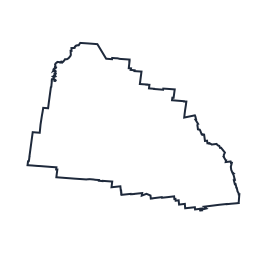 Río Primero, Córdoba, Argentina, rotated 264°
{"feature_id": "61730980B52469297457294", "entity_name": "Río Primero", "entity_type": "district", "adm_level": 2, "iso_a3": "ARG", "parent_name": "Argentina", "parent_adm1": "Córdoba", "projection": "equal_earth", "projection_center": [-63.224, -31.038], "detail": "fine", "context": "isolated", "style": "outline", "palette": "slate", "viewbox_px": 256, "rotation_deg": 264, "n_neighbors": 0, "source": "geoboundaries", "source_scale": "gbopen_adm2", "svg_char_len": 4984}
<svg xmlns="http://www.w3.org/2000/svg" viewBox="0 0 256 256"><g transform="rotate(264 128 128)"><path d="M42.1,210.6L42.1,212.1L42.1,218.2L41.9,218.2L41.9,222.5L41.8,227.8L41.8,230.3L42.3,230.3L49.4,231.6L50.4,231.8L50.4,231.2L50.9,231.2L52.0,231.0L53.5,230.3L54.6,230.2L57.1,229.9L57.4,229.4L58.3,229.5L61.0,229.1L60.9,228.4L65.1,227.8L65.2,228.9L66.4,228.7L66.5,228.5L67.1,228.4L67.5,228.5L70.1,228.1L72.0,227.4L72.0,228.1L73.4,226.9L74.7,226.6L75.5,226.3L78.7,226.2L80.8,227.0L82.4,227.6L82.4,226.8L82.9,226.8L82.9,226.7L83.1,226.6L84.0,226.5L83.9,221.6L85.4,222.1L85.4,221.9L89.2,220.2L89.2,220.4L91.1,220.4L93.1,221.6L93.4,221.8L98.6,218.5L98.6,217.5L100.7,216.9L101.0,216.0L101.7,215.3L102.0,215.1L102.3,214.7L102.7,214.5L102.9,214.4L102.8,209.5L103.4,208.9L103.7,208.1L103.9,208.0L103.9,207.2L104.5,207.2L104.5,205.4L107.1,205.3L107.1,203.2L113.4,203.0L113.4,201.5L114.0,201.5L114.0,200.6L117.7,199.6L118.8,199.2L119.0,198.8L119.0,198.6L119.1,198.0L119.5,197.7L119.5,197.4L121.6,197.4L123.4,197.3L123.7,197.4L125.0,197.8L125.0,198.0L129.3,195.9L129.4,196.6L130.0,196.5L132.4,196.2L133.6,195.8L132.5,185.0L136.2,185.8L140.0,186.7L144.1,187.8L148.2,188.8L148.5,186.5L148.8,186.5L151.0,174.7L153.5,175.3L153.3,176.5L161.5,178.5L162.7,171.9L163.5,167.2L162.4,166.9L163.5,161.1L163.7,160.0L164.1,157.9L164.3,157.9L165.2,153.0L168.7,153.8L169.1,151.2L169.3,151.3L169.7,148.9L170.5,144.4L182.7,147.3L183.9,140.4L184.7,140.6L185.5,136.7L187.0,137.2L187.4,135.0L194.2,136.5L194.2,136.3L195.9,136.7L197.6,127.0L198.4,124.9L198.6,123.4L199.3,119.6L198.1,119.3L199.2,113.5L214.6,106.3L216.3,97.0L217.6,89.4L216.6,88.5L215.6,87.8L215.4,87.6L215.4,87.2L215.6,86.5L215.6,86.3L215.6,86.1L215.4,85.9L215.4,85.7L215.4,85.2L215.3,84.8L215.2,84.5L214.9,84.4L214.8,84.5L214.7,84.4L214.4,83.8L214.3,83.6L214.1,83.5L213.3,83.4L213.2,83.3L213.4,80.1L210.6,79.9L210.7,79.0L209.8,79.0L209.6,78.9L206.7,78.8L205.9,78.4L205.3,77.9L205.0,77.6L204.6,77.2L204.1,76.7L203.6,76.1L203.0,75.0L202.8,74.4L202.8,74.1L202.9,73.4L202.9,72.6L202.9,72.4L202.3,72.1L201.9,71.7L201.5,71.3L201.3,71.0L201.2,70.8L201.0,70.6L200.8,70.6L200.7,70.5L200.5,70.1L200.4,70.0L200.3,69.7L200.1,69.4L199.9,69.2L200.0,69.1L200.1,68.9L200.4,68.9L200.8,68.9L201.0,68.7L201.0,68.4L200.9,68.3L200.8,68.5L200.7,68.6L200.4,68.3L200.2,68.1L200.1,67.7L200.2,67.4L200.4,67.3L200.5,67.1L200.4,67.0L200.4,66.8L200.5,66.7L200.7,66.4L200.8,66.2L200.8,65.9L200.9,65.7L201.0,65.1L201.1,64.8L201.1,64.7L200.8,64.6L200.5,64.0L200.4,63.9L200.2,63.4L199.8,62.8L199.6,62.7L199.2,62.5L199.0,62.2L198.7,62.1L198.0,62.3L197.0,62.2L196.9,62.1L196.8,61.9L196.5,61.9L196.4,61.8L196.2,61.7L196.1,61.8L196.3,62.0L196.3,62.3L196.1,62.5L195.8,62.5L195.7,62.7L195.1,62.3L195.0,61.9L195.0,61.7L194.8,61.2L194.7,61.1L194.6,60.8L194.6,60.6L194.3,60.2L194.2,60.1L193.9,60.0L193.6,59.9L193.4,60.0L193.1,60.0L192.8,59.8L192.9,60.0L193.1,60.6L193.1,60.8L192.6,60.8L192.4,60.5L192.3,60.9L192.3,61.1L192.4,61.4L192.2,61.5L192.3,61.7L192.3,61.8L192.2,61.8L191.9,61.7L191.8,61.4L191.7,61.4L191.6,61.6L191.4,61.4L191.2,61.5L190.8,61.6L190.5,61.5L190.1,61.6L190.0,61.8L189.8,61.9L189.7,61.8L189.6,61.6L189.4,61.3L189.4,61.2L189.4,60.9L189.5,60.6L189.4,60.6L189.2,60.9L189.0,61.0L188.9,61.0L188.6,61.3L188.3,61.2L188.2,60.6L188.5,60.5L188.5,60.4L188.4,60.3L188.2,60.1L188.1,60.4L188.1,60.6L187.8,60.8L187.6,60.8L187.6,60.7L187.4,60.3L187.2,61.0L186.9,61.2L186.7,60.3L186.8,60.2L187.0,60.0L187.1,59.9L187.0,59.7L186.8,59.7L186.8,59.4L186.7,59.5L186.5,59.4L186.5,59.2L186.3,59.4L186.1,59.3L185.8,59.5L185.6,59.5L185.4,59.4L185.0,59.1L184.9,59.2L184.6,59.2L184.2,59.2L184.1,59.7L183.9,59.9L183.6,60.1L183.5,60.3L183.6,60.5L183.1,61.0L182.8,61.1L182.7,61.0L182.4,60.5L182.5,60.3L182.4,60.2L182.5,59.9L182.7,60.0L182.8,60.2L182.9,60.3L183.1,60.3L183.2,60.1L183.4,60.0L183.6,59.7L183.8,59.6L183.9,59.4L184.0,59.2L184.1,58.7L184.5,58.3L184.5,58.2L184.4,58.0L184.4,57.7L184.4,57.4L182.5,57.0L182.3,57.1L176.9,56.0L176.7,55.6L162.0,52.0L156.0,50.6L156.9,45.8L152.8,44.7L149.4,43.7L140.7,41.4L132.5,39.7L133.8,32.8L110.0,27.0L109.9,27.1L109.0,26.8L106.8,26.3L105.3,25.8L105.3,25.1L102.3,24.4L101.5,24.2L100.7,28.9L99.8,33.6L99.3,36.7L97.0,49.2L96.4,52.7L94.3,52.2L94.1,53.4L90.0,52.4L86.5,51.6L83.6,67.5L83.3,69.1L81.2,81.1L81.2,82.9L81.1,83.6L81.2,83.9L81.0,85.2L80.4,88.3L79.9,90.1L79.3,93.7L78.6,93.5L77.8,97.2L78.1,97.3L77.7,99.4L76.4,106.7L70.8,105.4L70.8,109.9L70.8,114.3L66.5,114.3L66.5,114.6L64.1,114.6L64.1,114.4L62.8,114.4L62.4,114.3L62.2,114.4L62.2,114.5L62.2,123.9L61.8,124.0L61.8,124.5L61.7,125.4L61.8,125.6L61.7,127.2L61.8,127.3L61.8,135.3L59.3,134.6L60.6,139.5L58.5,143.3L55.4,143.3L55.4,144.7L55.5,144.7L55.6,149.3L55.7,154.4L55.1,154.5L55.1,157.7L55.1,159.9L55.2,166.7L52.5,166.7L52.5,167.8L50.7,167.8L50.8,170.8L46.5,170.8L46.6,176.6L43.7,176.5L42.2,176.5L42.2,186.2L40.0,186.2L40.1,191.1L39.2,191.1L39.2,191.3L38.4,191.3L38.4,192.7L40.2,192.1L40.2,193.6L39.3,193.9L39.8,197.5L41.8,195.5L41.9,201.0L42.1,210.6Z" fill="none" stroke="#1e293b" stroke-width="2"/></g></svg>